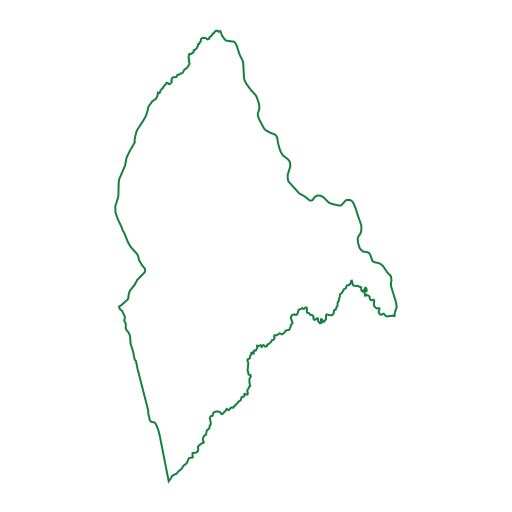 the district of Caia, Sofala, Mozambique
{"feature_id": "85939544B71313946873981", "entity_name": "Caia", "entity_type": "district", "adm_level": 2, "iso_a3": "MOZ", "parent_name": "Mozambique", "parent_adm1": "Sofala", "projection": "equal_earth", "projection_center": [34.995, -17.8], "detail": "fine", "context": "isolated", "style": "outline", "palette": "green", "viewbox_px": 512, "rotation_deg": 0, "n_neighbors": 0, "source": "geoboundaries", "source_scale": "gbopen_adm2", "svg_char_len": 6032}
<svg xmlns="http://www.w3.org/2000/svg" viewBox="0 0 512 512"><path d="M220.4,31.1L218.8,31.8L218.2,31.5L217.7,30.7L215.9,30.9L215.1,31.3L214.1,32.8L213.1,33.4L212.6,34.5L211.9,34.8L211.2,36.2L209.7,36.9L209.4,37.7L209.5,38.3L209.2,38.8L208.4,38.8L207.7,39.4L205.3,38.0L202.7,37.9L201.6,38.4L200.9,39.6L200.7,41.5L199.5,42.8L199.0,44.1L198.1,44.3L197.9,44.6L197.8,46.3L197.0,47.3L196.8,48.1L195.6,49.4L193.7,50.3L193.6,52.3L192.3,52.9L191.9,53.5L190.1,54.1L189.4,53.9L189.1,54.3L189.1,55.6L188.6,56.7L188.5,57.9L189.1,59.1L188.8,61.4L189.5,62.9L189.3,64.3L187.7,66.9L186.5,68.3L185.0,69.1L183.7,70.7L183.1,72.2L181.9,73.3L180.1,73.7L179.1,74.7L177.4,74.9L176.4,77.0L173.4,77.2L172.3,78.0L171.7,78.9L171.7,79.9L171.4,80.4L171.8,81.7L171.7,82.1L170.6,83.5L169.1,84.2L168.7,84.1L167.7,82.9L166.8,82.7L166.3,83.0L165.9,84.1L164.8,84.9L164.1,86.2L163.7,86.4L162.8,88.2L161.9,88.7L160.2,91.2L159.7,92.9L158.3,93.3L157.9,92.9L157.4,96.0L155.9,98.9L152.4,101.2L149.0,105.9L148.2,107.5L147.4,111.3L145.8,116.1L143.1,120.9L137.7,129.1L136.4,131.6L134.7,138.8L134.6,141.7L134.8,142.3L130.1,150.4L127.0,156.7L126.3,158.7L125.1,165.5L119.1,179.4L118.7,182.6L118.4,195.1L118.0,197.9L115.3,206.2L115.5,212.6L117.9,219.4L121.5,226.9L122.7,230.4L124.3,233.1L128.1,242.5L130.8,247.1L136.9,253.8L137.9,255.6L139.2,260.4L142.1,265.3L144.8,268.6L145.2,269.9L144.7,272.3L137.4,279.7L134.5,285.0L129.9,290.7L128.8,293.9L128.2,298.4L127.7,299.5L121.1,305.3L119.1,306.6L119.4,308.2L120.1,309.4L122.0,310.8L124.8,316.5L124.9,317.7L124.2,320.8L125.7,323.3L125.8,328.6L126.4,330.0L128.2,332.0L129.6,334.6L130.2,337.5L130.5,343.5L133.2,352.0L134.6,359.5L136.0,361.2L137.5,368.7L148.2,410.4L148.2,413.3L149.8,420.0L150.9,421.7L154.3,422.4L155.3,423.2L156.6,425.6L158.5,430.6L159.9,436.5L168.7,481.3L170.5,478.8L172.2,475.8L173.2,475.5L174.4,474.5L176.6,473.7L178.5,471.2L180.2,470.1L181.8,468.5L183.7,465.5L186.7,463.3L188.8,458.3L190.1,457.8L192.6,457.5L192.8,456.7L192.4,454.2L192.6,453.1L196.1,452.6L197.4,451.7L198.0,450.8L198.2,448.5L197.9,447.2L198.1,446.4L200.8,443.9L203.6,442.7L203.9,442.2L203.0,440.8L202.8,439.7L203.2,437.5L204.5,435.4L205.9,434.8L206.9,430.3L209.3,428.5L209.6,426.2L210.1,425.1L210.6,424.7L210.8,423.6L210.4,420.5L209.9,419.2L209.8,417.9L210.7,416.2L212.7,415.7L212.7,414.7L213.3,412.9L214.9,411.8L217.6,411.4L219.8,412.0L220.4,412.5L221.4,414.1L223.2,413.5L224.3,411.9L226.0,410.5L226.2,409.4L226.7,408.8L228.6,410.1L229.4,409.6L230.9,407.6L233.3,407.7L233.6,407.4L233.8,406.4L235.0,405.8L236.0,404.3L237.6,403.1L238.3,401.7L240.4,400.5L240.8,399.9L241.3,397.9L241.7,397.1L243.7,396.7L244.2,396.2L244.4,394.0L244.6,393.8L246.8,394.7L247.6,394.4L247.8,392.9L247.3,391.2L247.3,390.4L248.7,388.0L249.1,386.9L250.2,386.0L249.6,383.8L249.4,379.3L249.9,377.9L250.9,376.2L250.4,375.0L249.1,374.8L248.5,374.3L248.1,371.6L247.5,370.3L248.0,366.9L248.3,362.9L247.4,360.4L247.7,359.3L249.2,358.7L249.9,357.9L250.3,355.5L251.3,354.4L251.3,352.9L251.7,352.7L253.0,353.6L253.7,353.5L253.8,352.9L253.4,351.6L254.2,350.5L255.6,350.7L255.9,350.3L257.4,347.5L257.0,346.3L257.2,345.6L258.8,346.0L260.5,345.2L261.3,345.7L261.6,347.0L262.0,346.8L262.5,345.4L263.6,345.1L265.1,346.6L266.6,346.4L267.2,345.8L267.2,344.6L269.0,343.8L270.9,342.1L271.9,340.2L273.0,340.0L274.0,339.3L274.6,337.8L274.1,336.7L274.4,335.3L274.8,335.1L276.6,335.4L279.5,333.3L282.2,334.4L284.7,332.2L285.8,330.5L289.0,329.9L289.4,329.6L290.6,326.7L291.0,324.9L292.5,323.1L292.3,321.9L290.9,318.3L291.1,316.6L292.2,315.1L292.9,314.7L294.3,314.3L295.4,315.0L296.7,314.8L297.7,313.1L298.5,310.1L299.4,309.3L300.6,309.1L302.2,308.1L303.9,309.0L305.3,307.6L306.6,307.5L307.0,309.0L306.8,311.9L307.2,312.7L308.9,313.1L310.5,314.9L312.7,315.3L313.6,317.0L313.3,318.1L313.8,319.5L314.7,319.9L317.1,318.3L317.8,318.3L318.1,318.8L317.8,319.7L318.0,321.0L320.1,323.4L321.6,322.6L320.8,320.8L321.0,319.2L321.5,319.1L322.6,320.2L323.3,321.6L323.9,321.9L326.0,319.3L326.1,315.3L326.6,314.5L327.6,314.4L328.8,315.1L330.8,315.3L332.4,315.0L333.3,314.0L333.8,312.6L333.9,310.4L335.8,309.5L336.3,307.6L337.4,306.2L337.6,303.1L338.0,301.9L338.9,300.6L338.9,298.8L339.7,297.2L340.0,294.2L341.8,293.0L343.9,289.3L345.8,288.3L346.3,286.6L347.2,285.3L348.9,285.1L350.3,283.9L351.1,281.2L351.3,280.8L351.8,280.6L352.4,282.3L352.6,284.3L353.2,285.4L355.9,286.1L357.8,285.8L359.3,286.8L361.1,287.2L361.3,290.1L361.8,290.9L362.7,291.7L363.0,291.6L363.6,290.3L364.8,289.7L365.0,288.2L365.2,287.8L365.7,287.7L366.6,289.2L366.7,290.7L366.4,291.2L365.0,290.8L364.4,291.3L364.8,292.8L364.9,295.5L365.1,295.8L365.7,295.7L366.0,295.0L366.5,294.7L367.3,295.3L368.5,295.6L369.4,296.5L370.1,299.3L371.4,300.4L373.2,299.7L374.0,300.0L374.3,301.3L374.0,302.6L373.9,304.9L374.3,306.3L375.1,307.2L376.7,308.4L377.8,308.5L378.9,308.0L379.4,308.4L379.4,309.7L378.7,311.6L378.7,312.5L380.2,314.6L381.7,314.7L383.3,313.7L383.9,313.8L385.2,315.5L386.4,316.3L388.3,316.4L389.8,315.8L391.2,316.0L392.8,315.6L393.4,316.0L394.5,316.1L394.8,312.6L396.7,307.2L396.0,302.2L390.9,285.8L391.0,282.7L391.5,280.3L390.9,276.1L387.2,272.3L383.0,266.0L381.1,264.3L378.8,263.2L373.8,262.0L372.3,260.7L370.1,254.4L368.8,252.8L367.2,252.2L363.2,251.6L361.2,250.0L359.6,248.0L358.4,244.2L357.7,240.1L357.8,238.0L358.7,236.0L360.0,234.3L361.2,231.5L361.4,228.1L361.3,225.4L357.6,214.7L356.0,209.4L353.4,203.0L351.9,201.1L350.2,200.0L346.6,200.0L345.3,200.9L341.2,205.4L338.6,205.5L332.2,204.0L328.9,202.7L323.7,197.5L320.9,195.8L317.8,195.5L316.0,196.1L314.7,197.1L312.4,200.2L311.1,200.6L309.8,200.5L304.3,196.2L299.3,193.5L288.4,181.4L287.7,178.5L287.7,174.8L290.3,166.3L290.1,162.8L289.5,161.3L287.8,159.1L282.8,155.3L281.2,152.7L279.7,149.3L278.1,143.5L277.1,137.4L276.3,135.9L274.9,134.5L270.5,132.9L265.8,130.3L264.0,128.4L259.1,119.3L257.9,115.6L257.8,114.1L257.9,113.0L259.1,109.9L259.4,106.8L258.9,103.6L256.9,97.6L255.8,95.3L251.3,90.5L246.1,83.5L244.7,80.7L244.0,78.2L243.2,63.0L242.6,60.5L239.6,54.6L236.8,46.0L235.9,43.9L234.1,41.7L226.3,40.7L224.8,39.5L222.0,35.6L220.4,31.1Z" fill="none" stroke="#15803d" stroke-width="2"/></svg>